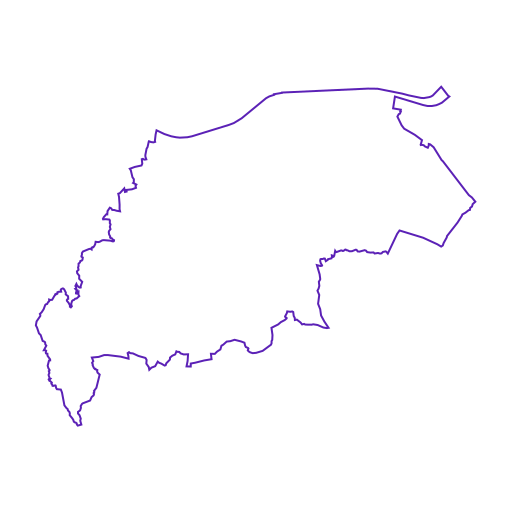 outline of Motaieni, Dâmbovita, Romania, rotated 273°
{"feature_id": "2599482B19115351514525", "entity_name": "Motaieni", "entity_type": "district", "adm_level": 2, "iso_a3": "ROU", "parent_name": "Romania", "parent_adm1": "Dâmbovita", "projection": "albers", "projection_center": [25.393, 45.104], "detail": "fine", "context": "isolated", "style": "outline", "palette": "violet", "viewbox_px": 512, "rotation_deg": 273, "n_neighbors": 0, "source": "geoboundaries", "source_scale": "gbopen_adm2", "svg_char_len": 5964}
<svg xmlns="http://www.w3.org/2000/svg" viewBox="0 0 512 512"><g transform="rotate(273 256 256)"><path d="M392.8,234.5L387.6,226.9L385.5,222.1L372.2,185.8L371.0,181.2L370.2,173.8L370.4,170.1L371.1,165.1L373.0,158.1L376.3,150.1L372.1,149.4L365.6,149.0L364.7,149.3L364.1,147.7L364.3,145.2L365.0,143.1L364.5,142.9L359.1,142.0L357.4,141.1L350.9,140.2L349.2,140.4L346.8,141.4L346.4,139.8L346.5,139.0L347.1,138.0L346.7,136.9L342.2,137.6L340.4,136.9L338.6,130.3L336.5,125.4L335.0,126.5L328.2,128.5L326.3,130.0L323.2,130.1L322.5,129.5L321.1,132.8L319.7,132.0L317.8,132.6L316.1,128.6L315.2,123.1L313.6,123.4L313.1,121.8L316.6,120.9L311.6,116.7L311.0,115.2L307.9,116.1L300.1,117.1L295.6,117.3L293.5,117.9L293.9,114.4L294.5,112.1L294.5,110.0L296.0,108.9L296.6,107.5L293.1,105.4L289.8,105.3L289.9,104.4L286.9,102.0L285.1,101.2L284.6,101.4L284.9,104.1L284.7,107.7L283.9,108.2L281.1,108.3L280.0,109.1L277.4,108.5L275.2,109.3L273.4,108.0L272.2,107.7L269.8,108.2L267.9,109.4L267.0,109.3L266.4,109.7L266.2,111.0L265.0,112.1L264.4,113.4L263.7,113.4L263.2,113.0L263.1,112.0L263.7,109.8L263.9,103.1L263.6,101.6L262.0,99.1L261.6,97.7L261.8,95.1L259.4,94.8L257.8,94.1L256.2,93.1L256.3,92.3L255.8,91.6L253.9,91.5L254.6,90.3L254.2,88.8L251.4,82.9L249.8,82.0L248.1,82.1L246.7,81.6L246.1,81.8L245.4,83.1L243.2,82.9L242.2,82.1L241.9,80.9L240.3,80.5L239.1,79.2L236.4,79.3L235.4,78.9L232.9,79.5L231.3,78.0L229.4,78.4L227.1,80.5L224.0,80.6L221.1,83.8L216.9,82.5L215.4,82.6L215.2,81.7L215.9,80.3L217.5,78.7L218.7,78.1L216.6,77.2L216.0,77.8L214.0,78.2L213.7,77.3L212.7,78.2L212.3,79.6L211.8,79.5L210.5,78.2L209.2,78.2L209.1,78.9L210.6,80.6L208.3,80.6L206.7,81.6L204.2,79.1L203.9,77.7L202.5,76.4L202.2,75.4L201.5,74.7L198.3,73.9L196.1,74.7L195.0,73.8L195.6,72.8L196.9,72.8L199.3,71.4L201.4,69.5L202.1,69.4L202.9,69.9L203.4,70.7L206.0,70.4L207.7,68.0L209.5,68.0L212.6,66.2L213.4,65.3L213.5,64.7L212.8,63.3L212.0,62.8L210.2,63.3L209.9,60.6L209.4,59.6L208.1,59.7L207.6,59.1L207.8,58.4L207.2,57.5L206.7,57.7L205.7,56.8L201.6,54.7L201.3,53.1L201.7,51.7L199.9,51.8L198.9,50.7L197.2,50.0L196.8,48.8L196.1,48.1L191.7,46.7L188.6,44.9L186.8,43.2L185.9,43.7L184.8,43.7L179.2,40.3L175.2,39.8L173.0,41.1L167.4,43.3L165.8,45.1L160.0,47.4L159.5,48.9L158.8,49.9L156.8,50.2L155.5,51.3L150.8,49.1L150.9,50.4L150.4,51.4L148.7,51.1L147.9,51.3L147.6,51.6L147.5,52.8L145.5,53.0L142.0,55.8L141.0,55.9L140.9,54.9L140.6,54.7L135.5,53.7L133.0,54.6L131.4,55.8L130.8,55.8L130.2,55.1L128.4,55.8L126.7,55.1L125.9,55.2L122.8,56.5L122.7,57.1L122.2,56.7L122.1,55.5L121.9,55.4L120.5,56.3L120.5,56.8L118.9,58.7L117.8,58.3L117.0,59.2L115.8,59.5L115.6,60.1L116.3,62.2L116.1,62.7L113.8,63.3L112.6,64.1L112.4,68.1L109.5,69.4L96.8,72.5L94.3,74.6L93.3,75.9L91.9,76.3L90.5,77.8L89.2,78.3L87.3,78.3L84.1,81.2L82.6,82.2L81.1,82.7L80.4,83.6L80.2,84.7L79.5,85.7L78.4,85.9L77.3,86.9L78.5,90.4L82.3,89.1L84.4,89.5L87.8,88.1L89.4,86.5L91.0,86.4L92.6,88.4L95.2,89.1L97.0,88.8L99.2,90.0L99.8,90.7L103.0,97.9L106.5,99.2L108.3,101.1L109.8,101.5L110.6,101.0L111.8,101.7L112.8,101.3L116.0,103.5L129.4,106.1L131.2,103.9L132.4,103.4L133.8,103.5L134.3,101.9L134.9,101.6L134.7,101.0L135.8,99.9L138.6,98.5L139.4,98.7L140.7,97.9L142.5,99.0L146.0,97.4L147.0,104.2L149.1,109.5L149.3,113.5L148.4,126.2L146.8,134.1L149.4,133.8L152.3,132.9L153.3,134.2L152.4,135.4L152.3,138.1L150.0,143.9L148.5,150.6L148.1,151.2L146.4,152.2L142.8,152.1L139.5,154.7L136.8,155.4L139.0,157.4L140.7,161.1L145.4,163.4L144.3,164.8L143.6,167.0L141.8,170.5L142.2,171.5L144.1,172.0L148.0,175.4L150.1,175.5L152.1,177.7L153.5,180.5L156.6,181.5L156.2,182.4L156.2,184.4L154.8,185.8L153.9,189.0L154.3,193.3L147.6,193.2L142.1,192.4L142.2,196.6L145.2,196.5L146.2,200.7L149.0,209.8L150.6,217.0L156.0,216.1L156.1,220.0L158.5,222.1L160.8,225.3L164.6,226.2L165.7,227.9L169.0,231.2L169.6,234.8L171.2,239.0L169.9,245.5L168.8,249.0L166.0,249.8L164.6,250.6L163.7,252.9L163.2,253.3L161.4,252.7L160.4,253.6L159.5,255.2L158.8,257.7L159.3,261.2L161.6,267.6L168.2,275.6L169.6,276.1L171.8,276.0L173.1,276.6L177.9,276.6L185.1,275.2L188.8,281.7L191.3,284.3L193.5,288.0L195.2,289.8L195.6,289.9L196.9,288.2L197.2,288.2L200.6,289.8L202.3,290.1L202.1,293.2L202.5,295.1L202.0,296.1L198.1,296.8L196.3,297.9L194.1,298.2L194.6,300.1L191.9,304.0L190.1,305.6L190.7,307.6L190.2,308.5L190.1,309.5L190.3,315.1L190.8,316.7L190.3,321.2L188.1,327.0L187.7,330.6L188.1,332.2L194.1,327.7L200.0,324.1L206.2,322.9L211.5,320.5L220.4,321.2L224.6,319.2L226.7,320.2L229.5,320.8L233.6,320.1L235.8,321.3L236.7,321.3L241.0,320.5L250.1,317.3L249.4,320.9L249.7,322.3L250.1,322.5L252.1,321.1L254.5,320.3L256.1,320.5L256.4,321.0L256.5,322.8L257.1,324.0L257.0,324.9L254.5,326.0L255.9,327.9L256.6,328.1L257.6,331.5L259.1,331.9L260.6,331.7L260.4,332.4L259.1,332.9L259.3,333.5L260.3,334.1L265.3,334.8L264.2,335.6L264.1,336.1L266.0,340.6L266.0,341.4L265.6,342.1L265.7,343.1L267.1,344.8L267.1,345.3L266.5,346.1L266.5,347.0L265.6,349.1L265.8,351.6L267.5,355.2L267.4,356.1L265.9,357.3L265.8,359.1L267.5,364.2L267.1,365.6L265.7,366.8L265.4,370.2L265.7,373.2L264.7,374.3L265.4,377.7L264.9,379.7L265.2,381.2L266.7,382.5L267.4,385.2L267.1,385.9L265.3,387.5L285.5,395.8L289.0,398.0L283.0,421.9L277.2,436.5L275.1,440.4L276.3,442.0L278.8,442.7L284.5,445.5L285.9,445.7L299.9,455.5L306.8,459.4L308.3,459.9L310.2,462.9L312.9,466.0L313.2,467.2L315.3,467.4L316.7,469.1L319.2,469.7L321.7,472.2L325.8,468.5L327.9,465.4L360.5,437.6L361.4,436.4L373.9,427.7L376.6,424.1L376.9,422.7L375.3,422.7L373.1,421.9L374.3,418.9L375.4,417.7L375.7,415.9L375.4,414.8L375.7,414.6L380.4,415.7L385.3,408.3L390.9,397.3L394.1,394.6L402.6,389.9L405.1,391.1L405.7,392.3L408.0,393.1L408.2,392.5L409.7,392.9L410.6,385.2L422.5,386.4L415.5,415.0L414.8,419.3L415.0,423.8L416.0,428.1L417.2,430.7L418.8,433.6L425.4,440.7L426.1,439.5L434.7,432.1L425.5,424.1L424.3,422.2L423.7,420.6L422.5,415.4L422.5,412.6L424.4,400.1L425.8,393.5L429.4,368.6L429.0,358.8L420.6,273.5L420.3,273.5L418.5,265.5L417.9,265.7L416.1,261.0L414.1,257.8L392.8,234.5Z" fill="none" stroke="#5b21b6" stroke-width="2"/></g></svg>